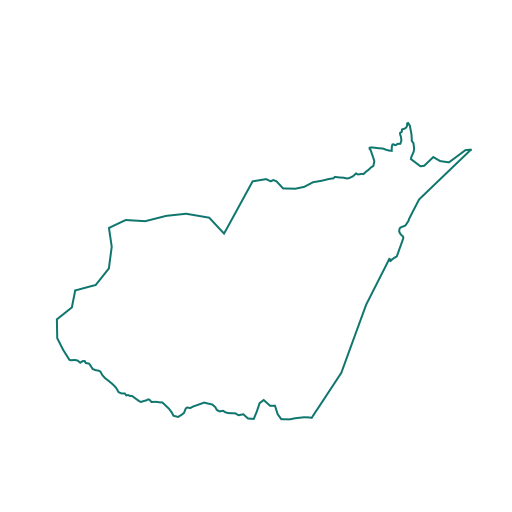 Santa Ana Ateixtlahuaca, Oaxaca, Mexico (Robinson projection), rotated 201°
{"feature_id": "50627088B25341473953732", "entity_name": "Santa Ana Ateixtlahuaca", "entity_type": "district", "adm_level": 2, "iso_a3": "MEX", "parent_name": "Mexico", "parent_adm1": "Oaxaca", "projection": "robinson", "projection_center": [-96.894, 18.22], "detail": "fine", "context": "isolated", "style": "outline", "palette": "teal", "viewbox_px": 512, "rotation_deg": 201, "n_neighbors": 0, "source": "geoboundaries", "source_scale": "gbopen_adm2", "svg_char_len": 3185}
<svg xmlns="http://www.w3.org/2000/svg" viewBox="0 0 512 512"><g transform="rotate(201 256 256)"><path d="M393.0,92.2L391.3,92.4L388.1,93.9L385.2,94.5L381.8,93.4L380.0,95.9L378.1,96.5L376.7,95.1L373.2,95.7L370.2,93.6L368.0,92.0L365.1,91.9L362.1,92.5L360.0,92.4L356.7,89.7L353.0,87.8L350.5,87.1L345.2,85.4L342.2,84.2L339.4,82.8L335.4,79.6L332.3,79.5L329.3,80.6L327.1,79.4L325.7,80.3L323.6,80.2L321.6,80.9L317.1,79.7L313.0,78.6L311.1,78.5L308.7,80.5L306.5,82.0L305.6,83.3L304.0,83.7L301.2,82.2L299.2,83.2L296.5,84.2L293.3,84.9L291.1,85.7L288.4,84.7L284.9,83.2L282.4,82.2L278.4,79.6L275.8,77.3L271.1,77.8L268.7,80.9L267.0,83.7L266.9,88.6L265.9,89.9L262.9,90.5L260.7,93.0L258.0,95.3L251.8,100.6L248.2,101.0L245.7,101.4L243.6,101.7L239.8,100.3L237.5,98.3L234.4,97.8L232.4,99.0L231.2,99.7L228.7,99.1L225.6,99.4L218.9,101.7L215.2,101.1L211.1,103.7L205.2,101.4L199.7,103.1L199.5,111.3L199.9,119.9L197.2,124.3L189.1,121.2L184.6,123.0L181.9,119.6L179.1,116.1L173.9,112.7L165.9,115.6L161.4,118.5L153.5,122.6L149.6,124.0L146.0,124.9L144.0,134.4L143.8,134.9L135.0,175.2L134.5,177.4L135.6,243.0L135.7,250.1L132.7,279.5L132.0,286.1L131.4,291.9L130.5,301.0L130.1,300.9L129.8,300.9L129.5,300.9L129.5,300.5L129.4,300.3L129.3,300.0L129.1,299.7L128.9,299.5L128.6,299.5L128.0,300.9L127.8,301.3L127.6,301.7L127.0,302.7L126.3,303.8L125.7,304.4L125.4,305.0L125.0,305.3L124.6,305.8L124.4,306.1L124.8,324.3L124.9,325.4L125.1,326.1L125.5,326.6L125.7,326.8L126.4,327.2L127.8,327.7L128.6,328.0L128.9,328.2L130.7,329.7L131.2,330.4L131.4,331.2L131.7,332.6L131.7,333.4L131.4,334.1L131.0,334.7L128.7,336.8L127.9,337.5L127.4,338.3L127.0,339.9L126.2,343.7L126.3,344.7L126.4,345.0L125.5,353.8L124.0,367.3L93.8,431.6L92.8,432.7L93.1,432.5L98.2,430.0L98.4,429.9L102.8,423.0L106.2,417.6L109.4,412.6L112.3,411.9L118.1,410.6L125.9,411.9L131.4,400.4L134.6,398.7L139.5,400.1L146.1,402.0L146.5,404.5L146.3,406.9L146.2,409.7L146.3,410.5L146.7,412.6L149.4,417.7L151.8,419.3L154.2,424.8L155.1,426.4L157.5,430.2L159.1,432.8L159.3,433.0L161.7,434.7L162.4,433.9L161.6,431.9L161.8,429.9L162.8,428.2L163.8,427.5L165.1,426.4L164.4,424.3L165.6,422.5L165.0,421.1L163.6,419.5L162.6,417.8L161.6,415.7L161.5,412.5L162.3,412.1L164.1,411.4L164.9,410.0L165.6,409.4L166.5,409.3L167.7,409.6L168.6,409.0L168.4,406.8L167.0,402.8L169.6,402.1L172.4,401.8L175.8,401.8L177.8,401.3L178.4,401.1L181.1,400.3L183.3,399.8L185.6,399.2L187.3,398.6L187.5,398.6L188.7,397.8L188.3,396.7L187.2,396.2L185.9,394.7L182.1,390.2L179.5,386.9L178.7,382.2L180.4,379.9L181.9,376.6L183.4,374.4L185.0,371.0L186.7,370.6L188.8,369.3L190.4,368.6L192.1,369.0L192.6,368.0L194.1,365.1L197.4,361.7L199.3,360.9L202.2,360.5L206.3,359.2L210.3,358.2L210.7,358.1L211.5,356.3L213.8,355.0L215.7,353.9L216.9,353.1L217.0,353.0L221.8,349.7L229.2,345.3L235.8,337.8L243.4,332.9L254.9,328.8L263.5,333.0L267.1,333.1L269.0,331.0L274.1,331.4L285.9,324.5L293.1,270.9L293.9,265.5L313.4,275.0L336.4,270.4L354.2,261.3L371.9,248.8L390.5,242.9L398.8,234.3L403.3,229.5L402.2,227.5L394.0,212.9L388.9,191.6L392.0,181.8L395.3,171.4L398.9,168.9L412.5,159.0L412.2,157.8L409.5,142.0L418.9,126.0L419.2,125.5L418.1,122.8L412.1,108.0L402.2,99.1L393.0,92.2Z" fill="none" stroke="#0f766e" stroke-width="2"/></g></svg>